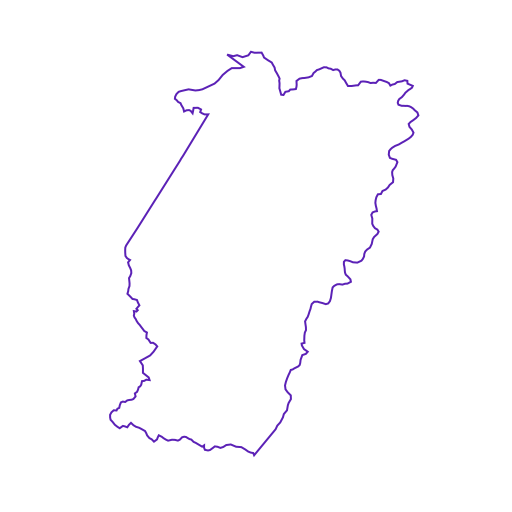 Pirenópolis, Goiás, Brazil (Mercator projection), rotated 12°
{"feature_id": "56859067B31927266402805", "entity_name": "Pirenópolis", "entity_type": "district", "adm_level": 2, "iso_a3": "BRA", "parent_name": "Brazil", "parent_adm1": "Goiás", "projection": "mercator", "projection_center": [-48.996, -15.826], "detail": "fine", "context": "isolated", "style": "outline", "palette": "violet", "viewbox_px": 512, "rotation_deg": 12, "n_neighbors": 0, "source": "geoboundaries", "source_scale": "gbopen_adm2", "svg_char_len": 5257}
<svg xmlns="http://www.w3.org/2000/svg" viewBox="0 0 512 512"><g transform="rotate(12 256 256)"><path d="M315.4,359.4L316.8,358.0L320.3,355.2L321.4,353.5L321.5,351.5L321.2,348.3L321.9,343.3L325.1,341.4L326.5,338.9L324.5,338.0L322.3,337.1L319.5,334.0L318.8,332.2L321.5,330.9L320.7,328.4L319.9,323.8L319.7,320.7L320.3,318.1L319.6,315.2L318.4,312.0L317.6,309.7L318.4,306.8L319.2,304.9L319.6,302.3L319.9,299.0L320.3,296.3L320.3,294.5L320.5,291.4L322.5,288.6L325.7,287.9L327.6,288.1L330.8,288.2L334.3,288.6L336.5,287.4L337.7,284.8L338.0,281.4L337.5,274.2L337.5,270.8L338.6,269.1L339.9,267.9L341.3,266.8L343.4,266.2L346.5,266.0L348.9,264.6L351.2,264.0L354.2,261.5L353.2,259.2L350.0,256.9L347.7,255.6L346.5,253.7L345.9,251.9L345.3,249.8L344.5,247.7L343.7,246.0L343.2,243.4L344.3,241.5L346.7,241.3L349.4,241.5L352.1,242.0L356.5,241.4L360.1,238.7L361.1,236.7L361.8,234.0L361.5,231.5L361.9,228.9L363.3,226.6L365.7,224.1L366.7,220.2L366.7,215.3L367.6,212.8L370.2,209.2L370.9,206.7L369.2,204.9L366.6,204.1L364.4,202.2L363.0,200.3L362.6,198.3L362.0,195.2L360.2,191.8L361.0,189.1L363.1,187.7L365.0,187.0L364.0,184.4L362.8,182.0L361.7,179.2L361.4,176.4L361.5,173.5L362.4,170.3L365.3,169.4L366.2,166.1L369.0,164.1L370.8,161.6L372.0,158.6L374.7,155.3L374.2,151.7L372.5,148.5L371.7,145.6L371.9,143.6L373.0,141.7L374.0,139.5L374.8,134.8L373.0,132.8L368.9,132.6L366.6,132.2L364.8,129.3L364.4,125.6L365.4,123.6L366.7,121.8L369.2,119.4L372.5,117.2L375.1,114.8L377.1,113.1L379.1,111.2L380.9,109.5L382.8,107.2L384.1,104.8L384.4,102.6L382.1,99.9L379.3,97.8L377.9,95.1L379.3,92.8L381.5,90.5L383.9,87.7L385.6,84.7L384.0,82.0L380.9,80.4L379.2,79.2L376.9,78.2L374.9,77.7L372.8,77.7L371.1,78.1L369.2,78.4L367.4,78.8L363.9,78.4L362.8,76.7L362.8,74.7L363.5,72.7L365.7,70.2L367.3,67.3L368.2,65.2L369.5,63.5L370.6,62.0L372.0,60.7L373.6,58.9L374.0,57.0L368.4,55.9L367.6,53.2L364.8,53.2L362.4,54.8L358.0,56.5L356.0,58.9L353.7,60.0L352.0,61.4L350.1,59.3L347.7,58.6L345.2,58.3L341.5,57.8L339.4,58.2L337.3,61.8L334.5,62.2L332.1,63.0L329.4,62.6L326.6,62.7L324.4,63.0L322.3,63.7L320.4,67.8L318.4,68.3L314.0,69.9L310.6,70.6L308.0,67.8L306.2,65.7L304.1,64.4L301.8,62.3L300.5,59.1L299.0,57.5L296.9,56.6L294.9,57.0L292.8,58.1L290.2,57.3L287.9,57.4L285.7,56.8L283.1,57.3L279.0,60.3L276.9,61.5L275.7,63.3L274.3,65.0L273.3,68.3L270.3,70.3L268.5,71.0L266.4,71.8L264.2,72.4L261.7,73.5L259.2,76.4L260.2,80.2L260.4,82.2L260.3,84.4L257.8,85.3L254.9,86.1L253.8,88.0L250.6,89.3L249.4,92.8L247.1,93.0L245.4,89.7L244.0,87.1L243.7,85.3L243.1,82.1L242.2,79.6L242.2,77.6L241.1,76.1L238.5,73.0L236.1,70.4L235.0,67.8L232.6,65.2L231.2,63.5L229.0,62.7L227.2,62.1L222.6,60.2L221.4,58.4L219.2,55.9L212.3,57.5L208.6,57.3L206.8,61.3L201.5,64.3L195.8,63.5L192.2,65.3L185.9,65.0L204.7,73.5L201.2,75.6L193.2,77.3L189.6,80.9L185.8,85.8L182.8,91.7L179.6,96.0L168.9,104.1L165.7,105.6L162.3,106.7L155.4,107.0L151.5,108.8L148.3,110.3L146.2,111.5L144.5,114.2L143.8,117.0L144.0,119.1L145.9,120.0L147.8,121.5L150.4,122.2L151.6,123.9L154.2,126.7L155.6,129.6L157.8,127.9L160.2,127.2L161.9,127.6L164.3,129.6L164.3,127.2L164.2,124.1L168.4,123.1L171.8,124.1L171.5,126.8L173.5,127.6L176.2,128.2L179.8,127.4L163.8,173.2L162.5,176.5L161.9,178.5L157.9,189.3L146.4,220.5L145.5,222.8L134.3,253.2L126.8,272.7L126.4,274.9L126.8,277.4L127.4,280.0L128.3,283.1L130.1,284.8L131.9,285.6L133.6,286.1L132.2,288.8L133.5,291.5L135.6,294.1L136.9,296.1L137.6,298.7L137.2,301.7L136.4,304.0L137.2,306.5L138.0,309.0L138.5,311.7L138.1,314.7L138.3,317.0L138.1,319.7L140.5,321.2L142.3,322.4L144.1,323.7L146.1,323.6L148.7,323.8L150.2,326.1L152.2,328.5L151.1,330.4L150.0,332.5L151.6,333.6L150.6,335.2L148.0,335.3L148.9,337.7L148.9,339.7L150.0,341.4L151.5,342.7L152.7,344.3L154.6,346.2L156.6,347.6L158.6,349.4L160.5,351.0L162.3,352.6L165.2,353.5L165.3,356.2L165.8,359.0L168.1,360.0L171.0,362.9L173.4,362.3L176.1,363.4L178.2,365.0L177.3,367.1L175.7,370.9L173.1,375.3L166.9,380.7L164.3,382.9L168.0,386.5L168.9,389.9L169.7,393.8L176.3,397.1L177.7,399.5L174.4,399.8L172.6,401.4L170.5,402.1L170.5,405.8L169.8,407.6L168.5,408.8L168.4,411.2L167.9,413.6L166.1,415.6L167.4,418.4L165.8,421.4L164.3,422.4L161.9,423.2L160.1,424.0L158.4,426.0L156.0,426.1L154.3,427.3L153.8,430.3L153.8,433.0L152.2,434.2L151.7,436.1L148.9,436.5L147.1,439.0L146.3,441.7L146.9,444.3L147.8,446.4L150.1,448.0L153.0,450.4L156.0,451.9L158.5,452.8L161.1,449.9L163.0,449.9L165.7,450.3L166.8,447.6L168.4,445.2L171.3,447.0L174.1,448.0L177.3,448.3L179.8,449.0L183.9,450.3L185.6,452.3L186.8,454.1L189.6,456.3L192.1,457.0L194.8,458.8L197.3,456.0L197.6,453.9L198.2,451.6L201.4,452.4L203.4,453.4L205.9,454.3L208.4,454.9L212.0,453.2L214.9,452.7L218.0,452.8L219.7,451.5L221.4,448.7L223.3,447.7L225.2,447.6L227.1,448.3L229.0,448.9L230.9,449.0L233.6,450.8L235.9,451.3L240.3,452.8L243.0,453.7L244.6,452.0L245.0,454.2L246.3,456.2L249.5,456.2L251.4,455.3L253.9,452.5L255.3,450.8L258.0,450.6L261.1,451.1L263.7,449.6L266.2,447.1L270.5,445.6L276.2,446.7L281.4,446.0L285.8,447.5L289.0,448.9L291.8,449.4L294.3,449.3L295.6,451.3L310.1,423.5L311.2,421.4L312.1,417.5L314.3,413.8L315.9,408.2L316.1,404.8L318.4,400.5L318.2,395.2L318.5,392.9L319.9,388.7L319.0,385.1L315.3,382.7L312.6,380.3L311.3,376.6L311.4,373.0L311.9,369.1L312.6,365.4L313.2,363.0L313.7,360.2L315.4,359.4Z" fill="none" stroke="#5b21b6" stroke-width="2"/></g></svg>